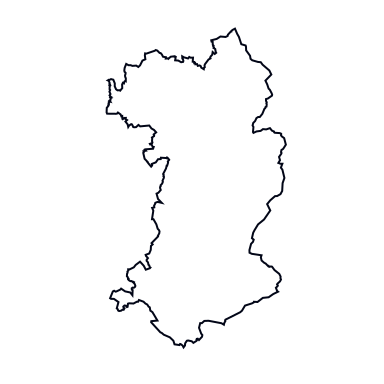 the district of Borris-In-Ossory -Mountmellick Lea-6, Laoighis, Ireland, rotated 167°
{"feature_id": "5873133B47700529765173", "entity_name": "Borris-In-Ossory -Mountmellick Lea-6", "entity_type": "district", "adm_level": 2, "iso_a3": "IRL", "parent_name": "Ireland", "parent_adm1": "Laoighis", "projection": "mercator", "projection_center": [-7.469, 52.998], "detail": "fine", "context": "isolated", "style": "outline", "palette": "ink", "viewbox_px": 384, "rotation_deg": 167, "n_neighbors": 0, "source": "geoboundaries", "source_scale": "gbopen_adm2", "svg_char_len": 6036}
<svg xmlns="http://www.w3.org/2000/svg" viewBox="0 0 384 384"><g transform="rotate(167 192 192)"><path d="M113.4,341.5L116.0,340.8L117.2,340.2L117.5,339.5L118.1,339.6L121.6,337.2L122.2,336.0L124.4,335.5L129.3,337.1L133.5,335.6L139.1,335.5L139.1,334.1L138.1,333.7L138.6,330.9L138.1,329.8L138.6,329.5L138.1,328.0L138.6,327.5L137.2,326.1L137.4,323.4L137.1,322.2L138.8,321.4L140.4,323.7L141.4,321.2L143.4,319.8L144.2,318.6L144.0,318.0L146.1,317.4L150.6,313.6L151.3,312.6L151.5,310.7L152.4,310.3L152.9,309.0L155.0,311.1L155.2,312.7L156.1,313.6L158.0,313.6L158.3,315.5L160.0,315.7L159.9,316.9L160.8,317.0L160.5,318.2L162.0,318.8L160.8,322.7L163.2,323.2L164.3,324.2L165.8,323.0L169.5,325.0L171.0,326.4L171.4,324.2L171.0,323.8L170.9,321.7L171.4,320.8L173.4,320.9L175.7,323.1L178.8,324.1L177.5,327.3L178.6,327.7L178.5,328.2L182.3,328.6L185.1,327.1L185.3,327.6L187.6,327.9L187.1,329.2L189.8,330.3L190.4,332.7L191.3,334.4L192.3,334.8L194.0,337.6L195.4,338.5L196.5,338.0L205.4,337.1L206.5,337.6L207.2,335.7L207.6,331.8L210.7,331.2L214.1,327.1L216.2,325.9L217.9,327.7L221.7,328.3L223.3,329.4L225.3,329.8L227.3,331.6L229.7,328.1L230.6,325.7L230.7,324.4L229.9,323.1L230.2,322.0L231.0,320.8L231.2,319.3L230.9,317.7L231.6,314.9L232.0,315.3L232.7,315.0L233.8,314.0L233.6,313.6L233.9,313.1L234.8,313.9L235.9,312.5L236.6,308.9L239.2,306.9L239.7,307.5L241.7,307.8L242.9,309.2L243.5,312.4L242.8,315.2L243.4,319.1L245.5,320.2L247.8,319.7L248.6,320.6L248.3,319.9L248.9,319.7L248.2,319.2L247.7,317.1L248.1,316.1L247.8,315.6L248.2,315.1L247.7,315.0L247.6,314.1L248.4,313.6L249.2,310.7L248.8,309.8L249.9,308.3L249.4,305.8L250.6,304.7L250.0,303.6L250.3,303.2L249.7,302.8L250.2,302.5L249.5,301.9L250.3,301.7L250.6,300.2L251.5,299.8L251.3,299.1L251.9,299.1L251.6,298.5L252.2,298.8L252.8,298.4L252.6,298.0L253.4,297.0L253.1,296.4L253.7,295.3L254.2,295.3L254.3,294.6L256.1,293.2L257.3,288.8L257.1,287.4L248.4,285.3L247.2,285.3L246.3,286.1L244.1,283.6L243.8,281.6L242.9,281.7L243.4,278.9L243.1,278.5L241.4,279.4L239.9,279.1L240.4,278.0L239.1,276.7L241.0,275.6L239.5,272.4L239.5,269.7L238.3,270.9L236.0,271.8L235.4,271.5L234.9,270.1L234.7,268.6L233.9,268.1L231.9,267.8L229.1,269.4L227.7,267.6L218.7,266.4L217.2,263.0L215.1,261.1L213.5,258.2L216.4,256.7L216.2,255.4L216.4,255.0L218.8,254.1L218.7,253.2L219.5,250.6L219.4,249.2L219.8,248.6L222.2,248.4L222.0,247.7L220.7,247.8L220.2,244.9L219.2,244.5L220.2,242.9L228.1,244.1L228.5,244.0L227.7,242.6L230.1,242.7L230.0,241.6L230.7,241.1L230.7,235.0L229.1,232.4L229.1,231.8L228.5,231.4L228.2,230.0L226.1,225.9L224.9,226.8L224.8,228.4L220.6,229.0L217.7,231.6L215.1,231.1L214.6,232.4L209.2,230.8L208.6,231.3L208.2,230.9L208.3,230.1L207.6,229.9L207.0,228.5L208.7,227.2L208.7,226.0L210.3,223.2L210.8,223.3L212.0,220.8L216.1,216.0L215.7,215.0L216.3,213.9L215.9,213.4L216.2,212.2L218.2,209.6L218.1,208.5L219.2,206.9L221.1,205.6L221.2,204.7L222.0,204.0L222.2,203.0L222.0,201.0L225.0,198.8L226.9,198.4L226.7,192.9L223.9,188.2L227.8,190.1L230.2,189.7L230.8,188.5L232.0,187.2L232.2,185.5L234.4,185.5L233.9,182.5L237.1,174.5L235.7,174.2L234.0,168.5L233.7,163.9L232.8,162.4L232.5,161.0L233.2,159.1L235.2,156.8L235.1,156.3L242.9,151.3L242.1,149.8L244.1,148.7L245.2,144.9L247.5,141.7L251.3,141.2L251.2,140.0L249.8,137.5L251.4,136.2L251.7,135.2L250.7,133.3L250.8,130.9L250.2,130.2L250.0,128.0L249.6,127.7L250.2,127.2L254.5,126.7L255.6,131.0L258.3,135.8L263.3,133.6L265.6,131.7L269.9,130.7L271.6,131.0L271.6,129.9L272.8,129.0L272.9,127.9L273.7,126.9L274.4,124.5L273.7,123.4L273.9,121.7L273.3,121.6L273.5,120.4L272.1,119.0L270.9,118.8L269.6,117.1L269.3,117.6L268.7,117.1L269.1,116.3L268.5,115.2L268.3,113.2L269.1,112.2L270.3,111.8L271.4,112.2L272.4,111.7L272.6,110.4L271.9,109.8L273.3,104.8L274.8,108.0L279.5,110.2L282.8,113.8L283.9,113.0L288.1,112.1L288.9,112.1L290.1,113.3L291.5,112.9L295.7,106.9L294.9,106.1L292.1,105.4L288.4,101.3L291.5,95.5L290.8,94.7L290.6,93.1L289.8,92.4L287.8,92.3L286.1,93.0L285.1,92.6L283.9,93.9L284.7,94.7L284.7,95.8L283.3,96.6L282.0,96.1L281.3,94.5L280.6,94.6L279.5,97.6L278.3,97.7L274.1,96.5L270.4,97.5L269.2,97.2L268.0,98.7L263.9,96.0L262.5,93.8L260.9,92.4L260.1,90.1L259.1,89.1L259.3,85.8L257.6,83.9L254.6,74.5L260.7,75.3L261.1,74.3L254.4,62.4L253.2,61.5L251.6,59.3L246.3,55.4L243.6,51.3L243.3,47.5L238.7,45.7L237.8,46.6L237.3,46.4L235.7,44.5L235.2,42.5L233.4,44.0L232.7,46.1L230.5,48.2L229.2,48.2L225.8,46.6L224.6,44.7L221.2,45.9L220.7,46.3L220.8,47.3L220.4,47.8L219.4,47.8L218.5,46.2L214.8,48.7L214.1,50.3L214.9,51.9L215.7,58.1L213.5,62.4L211.9,62.0L209.0,63.6L204.8,62.8L192.8,57.5L190.8,55.5L189.9,57.3L188.6,58.6L188.6,59.6L188.1,60.1L172.1,64.0L170.0,65.1L165.9,69.4L158.5,70.0L156.5,70.6L156.3,71.1L152.9,70.1L146.8,72.9L141.0,72.2L135.8,74.3L130.6,75.5L131.3,76.4L131.8,79.8L129.7,81.1L129.4,81.7L129.9,82.8L129.4,83.4L126.4,85.1L125.0,86.7L125.2,88.2L124.7,89.7L125.4,92.6L129.2,97.4L130.8,101.2L131.8,101.7L133.6,101.7L134.0,102.8L134.5,102.7L136.3,105.7L137.6,106.8L139.6,109.6L139.6,112.9L138.5,114.7L147.6,118.3L149.6,119.9L149.1,122.5L146.1,128.2L143.8,129.7L142.6,131.7L144.0,133.5L141.5,138.6L139.6,140.8L134.9,145.6L128.0,149.0L119.9,156.4L121.5,163.3L117.6,166.3L112.0,169.3L110.0,168.9L106.3,170.0L103.9,172.7L101.7,180.3L98.8,184.9L98.9,193.4L99.9,195.7L97.6,199.2L99.6,199.7L101.3,200.9L99.1,203.2L99.3,206.6L96.3,209.3L96.0,210.0L96.3,210.8L95.4,212.8L93.5,213.5L89.9,217.0L90.1,223.8L92.1,226.1L92.5,227.3L92.0,228.5L92.2,228.9L93.4,229.7L98.0,231.1L98.5,231.6L98.5,232.5L100.3,233.8L101.7,236.7L105.6,236.3L108.7,237.3L111.4,236.1L115.5,236.5L118.8,235.8L119.1,236.7L117.5,241.6L118.0,243.2L116.8,245.5L114.5,247.0L112.6,249.5L110.7,250.2L109.1,249.8L105.9,252.3L102.7,256.8L101.8,257.2L101.2,258.3L100.2,258.5L99.4,260.9L99.6,261.7L99.0,262.6L99.4,264.1L99.0,265.9L97.1,266.0L92.4,267.9L92.0,268.8L92.2,270.4L93.2,274.2L94.1,275.5L94.5,279.9L95.4,284.0L88.3,288.6L89.3,293.0L94.6,300.2L95.8,303.0L98.5,303.9L103.7,306.8L105.0,308.6L104.8,311.7L107.4,317.8L106.7,321.4L106.8,322.7L110.7,324.9L111.4,332.6L112.4,335.9L113.4,341.5Z" fill="none" stroke="#020617" stroke-width="2"/></g></svg>